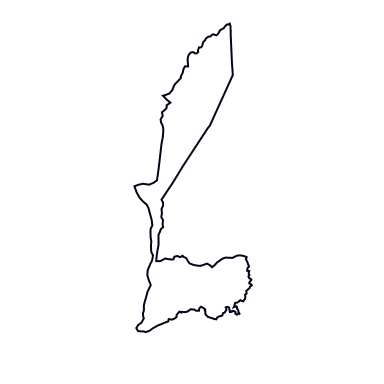 the district of Drouseia, Paphos, Cyprus, rotated 61°
{"feature_id": "46923920B78950527939892", "entity_name": "Drouseia", "entity_type": "district", "adm_level": 2, "iso_a3": "CYP", "parent_name": "Cyprus", "parent_adm1": "Paphos", "projection": "natural_earth1", "projection_center": [32.368, 35.007], "detail": "fine", "context": "isolated", "style": "outline", "palette": "ink", "viewbox_px": 384, "rotation_deg": 61, "n_neighbors": 0, "source": "geoboundaries", "source_scale": "gbopen_adm2", "svg_char_len": 3604}
<svg xmlns="http://www.w3.org/2000/svg" viewBox="0 0 384 384"><g transform="rotate(61 192 192)"><path d="M275.6,175.8L273.5,177.3L272.1,178.9L271.0,180.3L269.7,182.7L269.3,185.3L269.3,188.4L267.3,191.8L265.8,194.1L265.3,196.0L265.1,197.9L265.5,201.8L265.8,204.4L267.0,207.7L267.5,211.0L265.1,211.6L261.9,213.6L261.3,217.4L260.6,220.7L258.8,223.2L256.9,225.6L255.0,227.3L253.3,228.7L250.9,229.1L246.9,229.1L244.5,231.0L243.2,231.1L243.3,233.9L240.7,236.1L240.1,238.8L241.9,240.9L241.0,242.9L239.0,245.5L237.2,247.7L237.1,253.2L235.1,256.8L230.8,253.9L226.2,250.4L222.1,246.9L213.4,242.2L211.3,239.4L209.4,237.3L208.8,234.4L206.0,233.3L203.8,231.9L202.4,230.9L199.2,231.1L196.0,228.6L192.1,226.9L190.0,224.0L187.4,222.5L183.9,222.4L174.8,204.7L164.6,186.7L143.9,147.4L142.6,144.2L109.5,99.6L97.9,94.2L72.2,81.4L70.1,80.1L68.1,79.3L65.7,77.9L63.0,77.4L63.2,79.0L62.4,80.2L62.6,80.9L63.2,83.0L64.1,84.6L64.1,86.7L64.1,88.7L65.0,90.4L66.0,91.9L66.6,93.2L66.7,94.8L65.5,95.9L64.4,96.9L64.2,98.3L64.9,100.3L64.1,102.4L64.4,105.0L65.6,107.1L66.3,109.5L67.7,110.9L69.3,112.4L69.9,114.1L68.9,115.7L71.1,118.2L72.6,118.7L73.0,120.7L72.2,122.2L70.2,123.1L69.4,125.4L70.3,128.1L72.1,130.2L73.8,131.5L77.0,133.0L80.3,134.5L78.7,137.2L80.4,139.9L83.2,142.3L85.2,145.4L87.0,146.7L87.7,149.1L88.6,151.7L89.5,154.9L91.2,157.3L93.2,159.6L94.1,161.9L94.9,164.0L94.2,168.7L93.7,170.7L98.5,169.5L99.6,169.1L103.3,167.6L103.5,168.1L103.8,172.1L106.0,173.3L106.9,175.3L107.7,179.6L111.3,180.8L113.2,184.2L115.2,185.0L116.2,185.4L118.8,185.4L122.2,186.2L125.0,187.7L129.8,190.9L135.2,195.4L150.6,206.4L159.5,212.9L164.8,217.0L165.3,221.2L164.8,226.0L161.0,230.9L159.7,235.4L159.1,239.6L165.7,240.6L171.5,240.6L176.7,239.4L180.9,237.8L184.7,237.8L196.8,240.8L201.9,242.8L204.3,246.2L207.8,248.2L211.9,250.3L215.6,251.6L218.4,253.6L224.6,256.7L228.4,256.8L231.3,259.0L232.9,260.6L234.5,263.1L239.1,268.8L243.1,271.4L247.0,272.3L253.4,273.2L257.9,279.5L260.3,281.7L266.4,287.8L268.5,289.5L271.7,291.1L273.0,292.3L274.3,293.7L277.0,295.0L279.2,295.4L281.8,299.6L282.2,303.4L284.0,306.7L284.8,306.7L287.5,306.6L289.3,304.0L290.5,301.9L291.1,301.3L292.1,300.4L292.7,296.9L292.6,295.0L292.2,292.4L292.2,289.3L292.2,286.1L292.8,282.5L292.9,280.2L293.7,275.6L291.9,274.0L294.0,271.3L294.2,268.5L293.9,266.2L292.1,265.1L291.2,262.9L290.5,261.1L291.3,260.5L291.1,260.5L292.0,258.8L293.4,256.8L294.3,254.7L294.3,253.1L294.1,251.3L293.9,249.8L295.0,248.6L295.7,247.1L297.1,246.5L298.2,245.5L299.2,243.4L298.0,242.6L297.1,241.4L296.7,239.7L299.5,238.0L301.3,237.4L301.9,238.3L303.3,238.3L305.0,239.5L307.1,239.2L307.7,238.8L308.8,238.8L309.9,237.6L311.1,236.7L312.1,235.7L312.8,234.9L314.0,234.2L314.4,233.2L315.1,232.5L314.0,230.8L313.9,229.4L314.0,228.2L314.5,226.7L314.7,225.3L313.7,224.4L313.0,223.5L313.2,222.8L313.2,221.8L312.3,220.2L312.0,219.3L310.8,218.7L310.1,218.3L309.3,218.4L309.3,217.4L310.0,216.4L310.8,215.7L311.9,215.9L315.3,217.1L315.8,216.0L315.2,215.6L316.1,214.6L315.8,213.9L316.7,212.8L318.3,212.1L319.3,213.1L321.1,212.2L320.9,211.4L320.7,210.2L321.6,209.7L321.5,209.4L319.3,209.5L318.1,208.9L315.6,209.1L314.7,208.4L313.4,208.7L313.0,211.4L312.3,210.4L309.9,208.0L310.7,205.9L310.6,204.6L310.0,202.2L311.6,201.2L312.5,200.0L311.7,199.0L311.4,197.7L310.2,196.6L309.0,195.9L307.6,195.4L307.1,193.3L304.9,192.6L304.4,190.5L303.9,188.2L302.9,187.2L302.6,184.9L301.4,185.1L299.6,186.2L298.6,185.2L297.6,182.6L296.4,182.7L295.2,183.8L293.0,183.5L292.4,182.0L290.6,181.9L288.9,180.3L287.6,182.0L285.5,180.3L284.8,178.2L282.6,178.0L280.7,177.6L276.7,177.4L275.6,175.8Z" fill="none" stroke="#020617" stroke-width="2"/></g></svg>